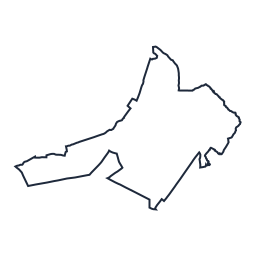 outline of Baldovinesti, Olt, Romania
{"feature_id": "2599482B50421105571388", "entity_name": "Baldovinesti", "entity_type": "district", "adm_level": 2, "iso_a3": "ROU", "parent_name": "Romania", "parent_adm1": "Olt", "projection": "mercator", "projection_center": [24.058, 44.394], "detail": "fine", "context": "isolated", "style": "outline", "palette": "slate", "viewbox_px": 256, "rotation_deg": 0, "n_neighbors": 0, "source": "geoboundaries", "source_scale": "gbopen_adm2", "svg_char_len": 5773}
<svg xmlns="http://www.w3.org/2000/svg" viewBox="0 0 256 256"><path d="M155.8,209.4L155.2,208.6L155.2,208.3L155.5,207.5L156.0,206.8L157.0,205.2L159.8,201.7L160.4,200.9L161.7,199.1L162.5,199.7L164.0,201.0L166.4,198.1L167.1,197.1L169.0,194.7L174.9,186.5L176.1,184.7L180.3,178.9L184.1,173.4L192.2,161.8L193.2,160.2L195.3,157.3L199.2,152.4L199.7,153.1L200.1,154.0L200.3,154.5L200.4,154.8L200.4,155.0L200.3,155.6L200.3,156.7L200.1,157.4L200.1,157.9L200.0,158.2L199.6,158.8L199.5,159.3L199.8,160.8L200.0,162.6L200.3,164.5L200.3,166.8L200.2,167.5L202.9,167.1L204.6,166.7L205.3,166.6L205.6,166.3L205.8,165.9L206.0,164.8L206.4,165.5L207.7,165.2L208.2,165.1L208.4,165.0L209.3,165.1L209.5,164.9L209.4,164.6L209.5,164.5L209.8,164.4L209.6,163.9L209.3,163.6L208.7,163.6L208.2,163.7L207.9,163.7L207.8,163.3L207.8,163.2L208.1,162.7L208.4,162.3L208.6,161.6L208.3,161.1L208.2,161.0L207.5,160.8L207.1,160.4L207.1,160.2L206.9,159.7L206.8,159.1L206.2,158.6L206.1,158.4L205.8,157.1L205.5,156.7L205.1,156.2L204.9,155.9L205.0,155.4L205.3,154.8L206.5,153.3L208.0,151.7L208.4,151.2L209.1,150.1L209.2,149.9L209.8,149.8L209.9,149.5L209.9,149.1L210.0,148.9L210.2,148.4L210.7,147.8L211.0,147.8L214.9,149.8L215.0,150.0L214.7,150.3L214.7,150.5L217.0,151.9L217.7,152.6L218.0,153.3L219.1,154.1L219.7,153.3L220.5,153.7L221.0,154.3L221.7,154.1L222.8,152.5L223.3,151.8L223.5,151.3L223.7,150.4L223.8,150.1L225.9,147.0L227.9,143.6L228.6,142.2L228.6,141.9L228.4,141.4L228.3,141.0L228.3,139.8L228.0,138.6L231.5,137.5L231.8,137.2L233.0,135.2L233.2,134.7L233.4,134.4L234.8,132.9L235.0,132.6L235.1,132.4L235.2,131.8L235.6,130.9L236.0,130.4L236.0,130.1L235.8,129.5L235.7,128.7L236.1,127.6L236.5,127.1L237.1,126.8L238.3,125.9L238.7,125.5L239.3,124.6L240.0,124.1L240.2,123.3L240.5,122.6L240.6,122.2L240.1,121.8L239.6,121.4L239.5,120.7L239.7,119.9L239.6,119.7L239.5,119.3L239.1,118.7L239.0,118.2L238.8,118.1L238.7,117.9L238.8,117.4L238.7,117.3L238.6,117.1L236.7,116.0L236.4,115.7L236.0,115.1L235.7,114.8L235.6,114.5L235.8,114.0L235.7,113.8L235.5,113.6L235.5,113.1L235.4,112.7L235.1,112.6L233.5,112.6L233.2,112.4L232.1,111.9L231.7,111.4L231.1,111.1L230.8,111.0L230.3,111.0L230.1,111.0L229.1,110.0L228.4,109.6L228.3,109.2L228.2,109.1L227.9,108.9L227.3,107.8L227.1,107.6L226.5,107.4L226.1,107.1L225.9,106.6L225.7,106.0L225.6,105.9L224.6,105.5L224.2,105.1L224.1,104.9L224.1,104.7L224.2,104.1L224.1,103.8L224.2,103.3L224.2,103.1L224.0,102.4L224.2,101.6L224.1,101.4L223.6,101.1L223.4,100.6L222.8,100.0L222.4,99.9L222.1,99.6L221.7,99.5L221.2,99.0L220.3,98.3L220.0,98.0L219.8,97.6L219.7,97.5L219.5,97.3L219.5,97.2L219.2,97.2L218.8,96.8L218.7,96.5L218.5,96.3L218.5,96.1L218.4,96.0L217.3,95.0L216.9,94.4L216.1,94.0L215.5,94.0L214.4,92.8L214.2,92.3L214.1,92.2L213.6,92.4L213.4,92.2L213.4,91.9L213.8,91.6L213.9,91.3L213.9,91.2L213.6,90.8L213.0,90.7L212.9,90.8L212.8,91.0L212.7,91.0L212.2,90.3L212.0,89.8L211.1,88.7L210.8,88.8L210.7,88.8L210.6,88.7L210.3,87.7L210.1,87.5L209.2,86.5L208.2,86.1L208.0,85.9L207.6,85.4L206.9,85.2L206.4,84.8L205.9,84.2L205.7,84.2L205.3,84.4L204.5,85.1L204.0,85.3L203.7,85.3L203.4,85.6L202.9,85.7L201.8,85.6L201.3,85.8L201.0,86.2L200.7,86.4L200.2,86.6L200.0,86.9L199.4,87.1L198.4,87.7L198.2,87.8L195.3,88.5L193.8,89.8L193.3,89.9L192.6,90.4L192.5,90.6L179.5,90.5L178.7,90.4L178.8,89.7L179.0,88.9L179.1,88.2L179.0,87.7L178.6,85.9L178.5,85.4L178.8,84.2L179.0,83.0L178.8,80.3L179.0,78.6L179.0,77.8L178.9,76.1L178.8,75.7L178.8,73.3L178.7,72.5L178.1,68.6L176.9,65.5L176.0,64.5L174.8,63.3L174.2,62.4L173.3,61.3L172.9,60.4L172.5,60.2L171.2,59.8L170.8,59.5L168.1,56.5L167.5,55.4L167.2,55.1L165.5,54.0L164.1,53.4L163.3,52.9L162.8,52.5L160.5,50.0L156.7,47.1L155.9,46.8L155.7,46.6L153.0,47.0L153.3,52.5L153.8,53.1L154.2,53.4L154.8,53.6L155.4,54.0L156.8,55.5L157.2,55.9L157.0,56.5L156.9,57.5L156.8,57.8L155.2,58.6L154.4,58.7L152.8,58.9L152.6,59.1L152.3,59.4L151.7,59.4L151.2,59.2L150.3,58.7L147.5,67.2L147.3,68.0L144.3,77.2L143.9,78.6L143.5,79.9L143.4,80.3L143.5,81.5L143.1,83.3L143.0,83.8L142.4,84.6L141.8,85.9L141.1,88.0L140.7,89.4L139.6,93.1L137.9,97.6L136.6,100.7L135.4,100.0L134.7,99.6L132.3,98.7L127.6,105.8L130.0,108.0L130.5,108.4L128.3,111.2L125.9,114.5L124.3,116.7L123.6,117.8L123.8,118.0L122.6,119.0L122.1,120.0L121.8,120.3L120.9,120.5L120.6,120.7L119.6,120.8L118.2,121.4L117.1,122.0L116.8,122.4L116.5,122.9L116.1,123.5L115.8,124.2L115.5,125.4L115.2,125.8L114.0,127.6L113.6,128.1L113.4,128.7L113.2,128.9L112.4,129.3L111.6,129.8L111.2,130.0L110.7,130.0L109.8,129.8L109.6,129.8L107.0,131.4L106.1,132.3L104.6,133.4L103.3,134.0L102.1,134.3L98.6,135.5L96.6,136.2L94.1,137.1L79.3,141.9L78.0,142.5L77.0,142.7L72.9,144.4L72.0,144.5L71.3,144.8L69.9,145.6L69.6,145.7L69.0,145.7L68.4,145.7L66.4,146.4L66.0,146.4L66.7,149.7L66.9,151.4L65.9,151.8L65.6,152.1L64.9,154.8L64.7,155.7L63.1,155.5L61.1,154.9L60.3,154.8L56.6,154.7L55.7,154.6L54.1,153.9L53.1,153.9L51.8,153.9L50.6,154.1L46.5,155.3L46.4,157.3L41.8,157.2L41.3,157.3L39.3,157.7L38.2,157.7L35.1,157.6L35.0,156.6L26.9,161.2L24.9,161.7L24.3,162.0L23.8,162.5L23.4,163.0L22.7,164.3L22.3,164.7L21.9,164.8L20.7,164.7L20.3,164.8L19.0,165.4L16.9,165.8L15.4,166.5L16.4,167.4L19.1,169.5L21.8,172.5L23.2,175.8L28.1,186.0L35.7,184.5L47.2,182.5L54.0,181.1L58.1,180.4L67.0,178.5L75.0,177.5L87.1,175.2L89.5,174.8L91.4,172.6L98.7,165.1L100.6,163.0L101.5,161.9L102.2,160.9L104.6,157.4L108.1,152.6L108.5,151.9L109.1,150.6L110.6,151.6L112.6,152.5L114.7,153.1L116.7,153.6L116.7,153.9L117.0,154.4L117.3,155.6L117.9,157.7L118.3,159.3L119.0,161.8L120.0,163.6L121.3,165.7L122.4,167.7L121.7,168.4L117.5,171.5L115.3,172.8L110.7,176.1L109.6,177.1L108.3,177.9L107.5,178.2L110.4,179.8L115.1,182.3L118.9,184.1L119.3,184.2L120.2,184.6L125.5,187.4L133.3,191.3L149.5,199.6L149.5,207.6L150.6,208.1L151.4,208.6L153.4,209.2L154.9,209.3L155.8,209.4Z" fill="none" stroke="#1e293b" stroke-width="2"/></svg>